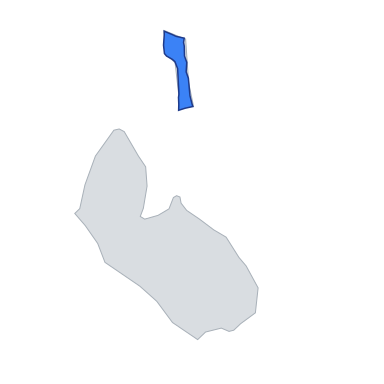 where Gaza Strip sits in Palestine, rotated 131°
{"feature_id": "GAZ+00?", "entity_name": "Gaza Strip", "entity_type": "state/province", "adm_level": 1, "iso_a3": "PSE", "parent_name": "Palestine", "parent_adm1": "", "projection": "albers", "projection_center": [34.369, 31.397], "detail": "fine", "context": "in_parent", "style": "filled", "palette": "blue", "viewbox_px": 384, "rotation_deg": 131, "n_neighbors": 0, "source": "natural_earth", "source_scale": "10m", "svg_char_len": 1136}
<svg xmlns="http://www.w3.org/2000/svg" viewBox="0 0 384 384"><g transform="rotate(131 192 192)"><path d="M299.7,90.9L303.3,121.1L297.6,146.9L297.3,169.5L302.2,211.5L292.7,229.4L287.4,250.5L285.1,266.4L278.2,265.8L256.8,277.5L228.2,288.5L196.6,291.5L192.2,288.3L190.9,282.8L200.0,256.1L203.4,243.5L217.0,229.8L236.3,218.0L244.4,215.0L243.5,209.9L231.9,202.3L219.8,198.3L208.4,202.4L204.9,201.2L203.7,197.8L207.6,192.9L209.4,183.9L207.6,169.0L206.3,150.7L203.7,136.6L210.6,113.6L212.3,102.6L221.0,79.2L241.6,64.9L259.5,68.9L268.9,69.8L272.9,72.6L275.5,80.6L288.8,89.9L299.7,90.9ZM126.3,247.1L133.9,255.3L134.1,258.4L105.5,289.6L105.2,302.9L88.4,319.1L83.0,303.0L80.7,297.2L111.6,266.4L126.3,247.1Z" fill="#d9dde1" stroke="#a8b0b8" stroke-width="1"/><path d="M126.9,247.4L133.2,252.1L139.1,255.7L134.6,259.4L129.3,264.4L129.2,264.4L126.8,266.0L108.3,283.8L104.8,290.5L104.8,293.8L106.1,300.4L105.6,303.6L99.9,309.8L91.5,316.1L88.9,318.5L85.9,309.4L85.0,306.2L81.0,298.8L84.7,296.5L87.0,293.5L94.3,286.9L97.6,281.0L105.2,275.2L108.5,269.4L120.7,256.7L126.5,248.3L126.9,247.4Z" fill="#3b82f6" stroke="#1e3a8a" stroke-width="1.5"/></g></svg>